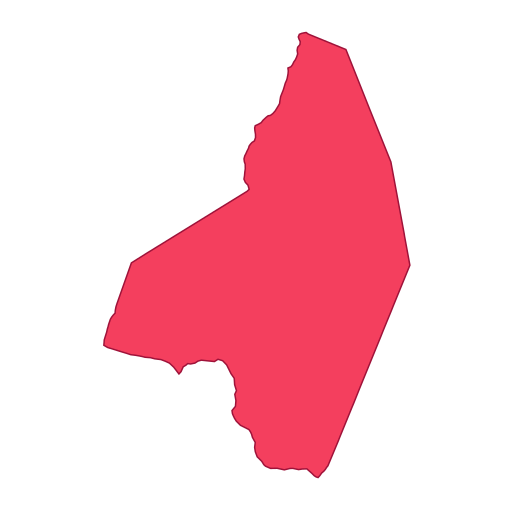 Abaré, Bahia, Brazil (Mercator projection), rotated 179°
{"feature_id": "56859067B80599784760755", "entity_name": "Abaré", "entity_type": "district", "adm_level": 2, "iso_a3": "BRA", "parent_name": "Brazil", "parent_adm1": "Bahia", "projection": "mercator", "projection_center": [-39.262, -8.852], "detail": "fine", "context": "isolated", "style": "filled", "palette": "rose", "viewbox_px": 512, "rotation_deg": 179, "n_neighbors": 0, "source": "geoboundaries", "source_scale": "gbopen_adm2", "svg_char_len": 2186}
<svg xmlns="http://www.w3.org/2000/svg" viewBox="0 0 512 512"><g transform="rotate(179 256 256)"><path d="M260.1,60.3L258.3,55.2L253.8,50.6L251.8,47.2L250.2,45.7L245.2,43.4L238.6,43.4L231.4,41.7L225.7,43.0L222.8,43.0L217.1,41.7L213.6,42.2L208.9,42.3L204.1,37.9L201.6,35.3L199.8,34.1L197.8,33.4L196.1,35.2L194.1,37.9L192.0,39.6L190.4,41.4L189.1,43.4L187.8,44.9L176.8,70.0L175.5,73.2L162.7,103.0L160.8,107.3L154.5,122.3L132.7,173.1L129.9,179.8L120.9,200.7L120.0,202.9L102.3,244.1L107.1,273.0L107.4,275.3L119.5,347.7L140.1,401.6L162.5,460.9L199.7,476.9L202.0,478.6L204.0,478.3L206.5,477.8L208.8,476.9L209.9,474.3L209.1,471.8L208.0,469.5L208.4,466.6L210.7,464.0L211.3,461.0L210.8,457.3L212.0,454.0L213.3,451.4L214.8,449.4L216.2,446.6L217.8,444.6L220.8,443.4L220.5,440.5L220.8,437.5L221.7,433.2L222.3,431.3L223.7,428.3L224.8,424.7L225.8,421.6L227.1,418.5L228.6,414.9L229.3,411.1L229.8,407.9L231.1,405.7L232.5,403.5L234.3,400.7L236.7,398.1L239.2,396.3L241.4,396.0L243.4,394.5L246.6,391.6L248.5,389.2L251.5,387.6L254.5,386.3L255.1,384.1L254.9,381.2L254.4,377.8L254.4,374.4L255.6,371.1L258.0,369.6L259.7,367.8L261.0,366.0L261.6,363.9L263.2,360.9L264.3,358.5L265.5,356.3L266.3,353.4L266.0,350.4L265.2,348.0L265.2,345.7L265.2,343.3L265.7,340.1L266.1,336.4L266.7,333.1L265.3,329.7L262.8,327.0L261.7,322.8L263.7,320.9L355.4,266.5L361.6,262.8L364.2,261.3L380.7,251.3L395.9,210.6L396.9,207.6L397.6,204.3L397.9,201.3L399.7,199.5L401.4,197.4L402.7,195.3L403.6,192.8L404.6,190.0L405.1,188.0L405.9,185.6L406.6,182.6L407.5,179.9L408.5,176.9L409.2,174.7L409.4,172.2L409.7,169.4L405.9,167.1L392.2,162.6L387.2,161.0L382.9,159.5L378.5,158.9L374.3,158.1L371.6,157.5L368.7,156.7L365.7,156.4L363.3,156.2L359.1,155.0L352.8,154.1L348.6,152.4L344.4,150.4L340.2,146.3L335.1,139.4L333.0,141.6L330.7,146.5L327.9,148.1L326.2,149.6L323.3,149.2L318.9,150.0L315.9,151.9L312.5,152.8L299.4,151.2L295.8,153.4L291.2,151.9L287.2,147.6L283.0,138.7L279.9,134.1L279.6,127.7L277.9,121.7L279.6,118.1L278.6,111.7L279.2,106.0L282.7,101.9L282.3,98.7L281.4,96.5L280.3,94.1L278.5,91.1L274.5,87.0L266.1,82.6L264.5,80.1L263.5,77.8L262.7,74.7L260.0,69.6L260.7,64.7L260.1,60.3Z" fill="#f43f5e" stroke="#9f1239" stroke-width="1.5"/></g></svg>